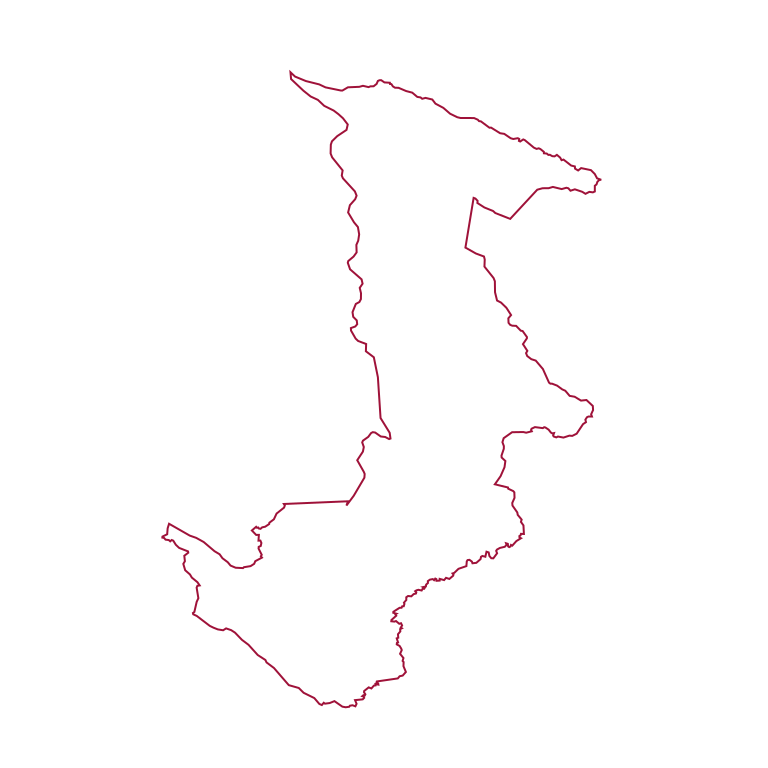 Diamantino, Mato Grosso, Brazil, rotated 85°
{"feature_id": "56859067B68124808583770", "entity_name": "Diamantino", "entity_type": "district", "adm_level": 2, "iso_a3": "BRA", "parent_name": "Brazil", "parent_adm1": "Mato Grosso", "projection": "natural_earth1", "projection_center": [-56.801, -14.136], "detail": "fine", "context": "isolated", "style": "outline", "palette": "rose", "viewbox_px": 768, "rotation_deg": 85, "n_neighbors": 0, "source": "geoboundaries", "source_scale": "gbopen_adm2", "svg_char_len": 6135}
<svg xmlns="http://www.w3.org/2000/svg" viewBox="0 0 768 768"><g transform="rotate(85 384 384)"><path d="M521.7,607.6L526.0,605.4L529.4,602.4L533.7,593.8L535.0,593.7L537.7,597.9L543.2,597.8L545.7,599.6L552.2,598.3L556.8,593.9L560.1,592.3L565.2,587.1L568.6,585.2L568.8,587.5L570.5,588.4L581.2,587.6L584.7,589.6L594.6,592.8L595.5,594.3L596.8,594.1L598.7,590.8L609.8,578.6L611.9,575.1L614.0,570.9L615.3,565.7L613.7,562.6L615.9,557.7L618.7,554.1L626.5,547.8L632.0,541.7L643.0,533.4L648.6,526.2L651.1,525.3L657.3,518.4L675.7,505.1L679.4,495.4L684.6,491.0L690.8,480.8L697.1,476.3L698.4,473.9L696.3,471.8L697.3,470.7L697.1,465.9L695.6,461.0L701.8,453.6L702.7,450.3L702.5,446.8L701.5,446.0L701.3,443.3L702.6,440.6L700.2,439.2L696.4,440.4L696.3,432.7L694.9,431.1L693.6,431.5L693.1,432.8L692.2,431.6L692.6,430.3L691.5,429.6L689.3,430.8L688.1,430.5L684.9,425.7L686.2,423.1L683.6,420.4L683.5,418.7L682.2,418.7L683.0,415.8L681.8,415.9L680.8,417.5L679.7,417.1L678.5,395.9L676.5,393.9L676.1,390.8L672.8,387.3L666.8,389.2L662.7,388.7L661.5,389.6L658.7,388.5L654.2,391.5L650.6,389.5L649.1,389.9L646.3,391.3L644.5,394.0L643.1,393.7L642.7,392.5L638.5,393.5L638.0,391.9L634.5,391.9L631.9,389.3L629.6,389.3L628.9,387.5L628.1,388.5L626.1,387.0L623.8,387.9L624.2,389.7L621.2,392.7L621.6,394.3L621.0,397.4L619.7,397.1L615.9,392.0L614.4,392.8L613.9,391.7L612.7,394.7L611.7,394.5L608.3,388.0L608.4,386.0L607.0,385.2L607.1,383.7L604.8,382.8L603.6,383.2L601.1,380.6L598.4,380.4L597.3,378.5L597.9,375.3L595.9,372.8L595.5,370.4L594.4,370.0L593.1,371.0L592.4,369.7L592.0,367.7L593.0,364.5L591.4,363.4L591.5,361.8L590.6,361.2L589.7,362.7L589.3,359.9L587.5,359.5L586.1,357.6L584.2,357.5L582.9,355.3L582.6,352.4L583.8,351.2L582.3,349.9L582.9,348.9L584.6,348.9L584.7,345.7L583.0,345.5L584.6,341.2L582.5,339.1L583.9,335.9L581.0,331.8L579.9,331.4L578.7,332.2L578.3,330.5L574.6,325.9L572.6,317.8L567.9,317.0L566.7,316.1L566.6,314.2L568.6,311.9L570.3,311.5L570.2,307.6L566.9,303.1L564.6,302.4L563.9,301.0L564.9,298.1L560.0,296.5L560.9,294.4L564.5,294.0L566.9,292.3L567.2,290.3L562.5,286.1L560.0,286.8L558.8,285.9L557.4,282.8L556.7,277.9L554.9,275.9L553.3,276.3L554.0,274.6L556.6,274.5L557.4,273.5L556.9,272.2L555.4,271.5L556.2,270.3L552.0,265.8L549.6,261.0L548.7,262.4L547.3,262.4L546.7,261.2L545.2,260.6L545.6,257.7L537.0,257.4L533.3,259.6L531.1,258.7L526.0,262.2L523.6,262.4L516.3,266.6L513.7,266.6L508.8,263.9L503.3,263.6L502.0,264.5L499.1,269.4L497.9,269.5L493.6,282.3L486.0,275.9L477.4,271.2L471.3,269.8L467.5,273.2L465.6,273.2L459.0,270.3L456.3,270.0L452.3,271.1L448.4,269.5L443.2,260.6L444.0,249.4L444.9,246.6L444.0,240.9L442.6,241.5L441.4,240.9L440.1,237.4L441.8,229.6L441.0,228.2L441.4,227.0L443.8,224.0L446.9,222.0L447.9,220.6L447.7,218.9L450.1,220.0L451.1,219.5L452.2,217.0L451.5,215.3L453.0,209.9L451.6,203.8L452.1,201.0L450.3,196.4L441.3,189.2L439.6,186.1L437.1,186.5L434.8,184.7L434.2,183.1L434.5,179.7L432.2,180.3L428.2,178.0L424.1,177.9L417.6,183.7L417.7,189.2L413.3,195.2L412.0,200.1L406.5,204.0L404.9,206.9L400.7,211.7L398.3,216.6L398.2,218.2L397.0,219.5L382.9,224.4L380.4,226.2L373.9,230.8L372.1,235.1L368.6,238.9L365.6,239.8L363.5,238.3L356.4,242.1L351.0,237.7L349.7,237.5L343.3,241.3L342.8,243.1L337.6,247.3L337.1,251.1L336.1,253.1L333.9,254.6L329.4,254.4L326.4,251.4L318.8,255.4L313.1,260.3L310.7,264.1L302.3,265.4L291.3,264.6L288.0,265.6L275.8,273.7L268.7,272.8L265.7,273.3L262.0,281.1L255.2,291.0L206.4,278.5L207.2,276.8L209.7,274.8L211.8,275.2L216.9,268.6L221.2,260.2L223.4,258.2L230.5,243.9L203.8,214.4L202.8,209.0L203.3,203.0L202.4,198.6L205.3,190.0L204.4,185.2L205.1,183.3L207.7,181.4L206.7,176.9L209.8,169.8L212.1,166.7L210.5,162.7L211.3,159.2L210.6,157.2L204.9,156.7L203.7,154.9L201.2,153.8L199.5,151.8L199.5,149.8L197.7,153.8L193.2,155.7L189.0,159.2L186.1,168.8L188.2,172.0L186.1,174.9L183.9,174.9L182.7,178.5L176.1,185.6L176.5,187.6L173.8,188.8L170.8,191.8L172.1,194.2L171.7,196.5L170.1,198.8L170.1,200.3L168.6,201.8L168.1,204.6L166.7,204.5L163.6,207.7L162.7,209.3L163.1,211.5L161.6,214.1L153.3,222.5L152.5,224.0L154.3,227.2L153.6,228.4L151.7,227.9L150.8,229.3L151.2,233.9L150.2,236.4L145.3,242.4L144.3,246.5L137.9,255.0L137.9,256.6L130.8,264.6L130.4,266.4L128.9,267.5L126.9,271.1L125.7,284.5L124.6,287.8L120.5,294.6L114.1,300.8L109.2,308.3L104.8,311.1L102.6,317.7L103.2,321.1L101.7,322.6L100.9,325.8L96.2,330.5L94.1,336.4L90.2,343.7L89.8,347.2L88.3,349.2L85.9,350.5L85.6,351.9L84.4,351.9L83.6,357.3L81.1,360.3L81.0,362.1L81.6,363.7L84.4,365.2L86.5,368.4L86.3,371.6L86.9,373.5L85.1,379.0L85.8,382.6L85.3,394.1L88.0,399.8L87.9,401.3L83.4,416.4L79.9,422.4L75.4,435.4L70.0,445.8L65.3,450.0L72.1,450.0L84.8,438.7L91.2,432.0L95.2,425.1L101.7,419.3L107.2,410.3L111.1,406.0L115.7,401.7L122.3,397.5L127.6,399.2L133.0,409.0L137.7,414.7L140.9,416.1L149.7,417.1L153.7,415.9L167.6,406.6L172.7,407.9L175.5,407.0L189.6,396.2L194.0,394.9L197.4,396.6L202.9,402.4L210.0,404.8L220.3,399.8L225.4,396.3L232.8,395.7L239.0,397.2L243.0,399.4L250.5,399.8L254.4,403.2L258.4,408.9L260.1,409.5L266.8,407.8L277.8,397.2L282.2,396.6L286.1,399.8L291.6,399.0L297.4,399.6L300.2,401.4L301.8,405.1L309.7,409.1L314.4,408.8L318.3,405.6L322.1,405.5L324.2,407.6L325.4,412.1L327.9,412.2L336.3,408.3L338.9,406.0L342.6,398.3L349.8,399.2L356.5,391.8L376.7,389.5L417.6,390.4L433.1,382.6L438.9,382.3L439.3,383.7L436.9,387.4L436.0,391.8L431.6,397.0L431.0,399.4L431.8,401.2L435.3,404.3L438.6,409.9L440.3,410.8L445.0,409.6L449.5,410.9L457.6,417.3L469.7,411.8L471.9,411.1L475.6,411.7L492.7,423.9L501.8,432.0L497.7,430.1L494.8,494.2L496.4,493.4L498.4,494.3L503.7,502.3L509.2,505.5L512.2,510.3L513.5,510.6L515.8,514.8L516.2,517.9L517.5,519.6L517.1,521.2L516.0,521.8L516.2,523.0L515.1,523.8L518.4,528.4L523.2,524.5L523.4,521.8L529.1,522.7L529.2,520.8L531.7,520.0L534.6,520.9L535.3,523.0L537.0,523.3L543.5,520.7L544.9,521.7L546.3,520.7L549.3,527.7L551.8,529.0L553.8,532.8L554.3,539.5L555.1,540.5L554.1,547.8L551.5,552.7L547.9,555.2L543.5,560.1L539.3,562.6L535.8,567.4L525.7,577.4L520.9,584.5L518.1,590.7L504.5,610.3L508.9,612.1L514.8,613.1L516.7,618.0L517.7,618.2L518.2,616.5L520.0,615.2L520.7,612.0L522.1,610.7L520.9,609.1L521.7,607.6Z" fill="none" stroke="#9f1239" stroke-width="2"/></g></svg>